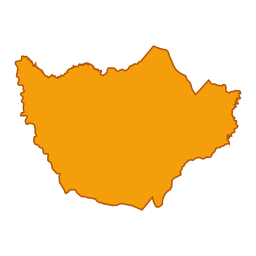 Tapurah, Mato Grosso, Brazil (orthographic projection)
{"feature_id": "56859067B52383005137557", "entity_name": "Tapurah", "entity_type": "district", "adm_level": 2, "iso_a3": "BRA", "parent_name": "Brazil", "parent_adm1": "Mato Grosso", "projection": "orthographic", "projection_center": [-56.556, -12.574], "detail": "fine", "context": "isolated", "style": "filled", "palette": "amber", "viewbox_px": 256, "rotation_deg": 0, "n_neighbors": 0, "source": "geoboundaries", "source_scale": "gbopen_adm2", "svg_char_len": 5645}
<svg xmlns="http://www.w3.org/2000/svg" viewBox="0 0 256 256"><path d="M153.5,46.1L140.7,61.5L139.2,61.9L138.4,62.4L137.9,63.4L137.3,64.1L134.9,63.9L133.6,64.4L131.3,65.9L130.4,65.9L129.5,66.5L128.6,68.5L126.2,70.4L125.5,70.7L124.5,70.6L122.5,69.4L121.6,69.5L119.9,70.2L119.2,70.7L117.9,71.3L116.9,70.9L115.0,68.8L113.7,68.2L112.0,67.9L111.0,68.1L108.7,68.0L107.9,68.6L107.5,69.5L107.1,70.6L107.2,71.8L106.8,72.7L105.9,73.3L105.3,74.3L104.4,74.5L103.2,75.4L102.3,75.5L101.6,74.8L100.4,74.2L100.2,73.4L101.4,71.8L101.4,70.8L100.6,70.4L99.7,70.8L98.1,70.6L98.1,69.4L97.3,69.3L96.4,69.6L95.7,68.9L94.6,69.2L93.8,68.6L93.9,67.1L91.6,64.8L88.3,63.4L88.1,64.7L87.4,64.2L87.1,63.4L86.5,62.9L85.0,63.6L84.8,64.6L84.0,64.8L83.8,63.9L82.2,65.2L81.4,64.4L80.8,65.2L80.2,64.8L79.7,64.1L79.0,64.5L78.9,65.7L77.3,66.5L76.6,66.2L74.4,67.2L74.0,66.1L73.3,65.7L73.1,66.4L73.3,67.2L72.8,67.8L72.1,68.3L71.5,67.9L70.9,68.4L69.1,69.1L68.4,69.6L67.7,70.4L67.3,71.1L67.6,72.1L66.7,72.0L66.2,73.0L64.7,73.7L64.2,74.6L63.4,75.3L62.4,75.8L61.0,75.2L60.6,76.3L59.6,76.5L58.9,76.8L58.8,77.8L58.0,77.8L57.6,77.1L57.0,77.9L56.1,77.8L55.6,77.1L55.2,76.1L53.1,76.0L52.3,74.7L51.4,75.4L50.8,76.1L49.8,76.5L48.5,77.6L47.1,76.1L45.9,76.3L45.0,75.1L44.2,74.5L43.2,73.1L43.3,72.2L42.3,72.1L41.6,71.2L41.9,70.2L39.0,69.0L38.5,68.1L37.5,68.0L36.9,67.0L35.9,66.2L35.6,63.4L33.9,66.3L33.0,65.8L32.9,63.8L32.2,63.0L32.1,61.9L31.7,61.1L31.0,61.9L30.0,60.4L29.5,59.0L28.3,59.3L27.9,58.6L27.9,57.8L26.6,56.4L24.8,56.8L22.7,56.1L21.9,56.3L21.6,57.3L21.8,58.3L20.9,60.4L19.8,60.9L16.9,61.3L16.0,61.6L15.5,62.1L15.4,63.5L15.8,64.6L17.4,66.7L17.7,68.5L17.6,70.6L16.5,75.5L16.7,76.5L17.3,77.1L18.3,77.7L18.9,78.4L19.1,79.4L18.9,80.6L18.1,82.9L17.9,83.8L18.3,84.5L19.0,85.0L19.9,85.2L21.5,85.1L22.6,85.5L23.2,86.2L23.4,87.3L23.0,89.3L24.1,90.6L24.3,91.7L23.2,92.3L22.1,92.6L21.4,93.0L20.8,93.6L20.6,94.5L21.4,95.6L22.3,96.3L23.0,97.1L22.9,98.1L22.4,99.0L21.7,100.7L21.6,101.6L22.1,102.2L23.6,103.1L23.8,104.3L23.3,106.1L23.3,107.6L23.6,110.2L23.9,111.5L23.7,112.6L21.8,112.8L20.5,115.0L21.0,115.7L21.8,115.8L23.2,115.8L25.6,115.6L26.4,115.7L27.1,116.6L27.0,117.6L25.5,120.0L25.3,120.7L25.7,122.7L26.1,123.7L27.0,124.3L29.6,123.3L30.6,123.3L32.8,123.8L33.8,124.4L34.4,125.3L34.7,126.1L34.9,128.0L35.5,129.7L35.0,132.5L35.2,133.2L36.2,135.0L36.3,135.9L35.9,136.6L35.1,136.7L34.3,137.0L34.0,137.7L34.0,139.4L33.8,140.5L33.9,141.6L34.2,142.4L35.0,144.0L35.7,144.4L37.4,144.7L38.4,145.6L39.6,147.2L40.4,147.7L41.9,148.1L42.5,148.5L43.0,150.0L43.2,152.3L43.8,153.5L45.7,154.1L46.8,153.8L47.8,153.8L48.2,154.7L47.9,157.9L47.9,160.4L48.7,161.2L50.5,162.5L51.1,163.3L51.8,165.3L52.0,167.0L52.2,168.1L52.8,169.3L54.4,170.7L55.6,172.4L56.9,173.4L57.9,173.8L59.6,173.7L59.9,174.9L59.1,176.7L59.6,180.6L59.4,181.4L59.6,182.3L59.9,183.0L61.3,184.9L64.4,190.3L65.1,192.5L65.6,193.4L66.6,193.1L68.5,191.8L69.6,190.2L70.3,189.8L72.7,189.7L74.9,189.9L75.8,190.5L76.2,191.1L76.4,192.0L76.9,192.8L79.9,195.4L81.4,196.3L82.2,196.7L84.2,196.6L85.3,196.7L87.9,197.8L89.6,198.0L91.1,197.8L91.7,198.0L92.8,198.7L94.9,198.9L95.9,199.7L96.6,200.7L98.3,202.0L99.1,202.4L101.2,202.7L102.9,203.5L104.9,204.1L106.1,204.1L108.9,204.8L112.6,205.5L116.8,205.2L118.5,204.6L119.6,203.9L122.1,203.7L123.2,203.8L132.0,205.6L142.1,209.9L152.3,197.3L154.1,203.1L156.1,206.6L157.4,207.1L159.2,206.8L161.5,205.1L162.0,204.6L162.4,203.3L162.4,201.6L162.8,199.0L164.5,195.0L166.0,192.9L167.7,191.2L169.2,190.3L170.2,189.5L171.3,187.5L171.8,186.3L171.9,182.1L172.3,180.2L173.1,179.0L174.1,178.4L175.6,177.2L176.4,177.2L177.6,176.4L178.4,176.2L179.4,175.2L180.5,175.1L181.0,174.5L180.6,172.6L180.0,171.8L180.8,171.0L181.4,169.7L182.0,169.0L182.1,167.7L182.6,166.7L183.6,166.4L184.1,165.7L184.5,164.5L185.4,163.4L186.4,162.6L188.4,160.7L189.4,160.1L190.9,159.9L192.8,160.2L193.7,159.9L195.5,158.2L198.2,157.5L200.5,157.8L201.4,158.3L201.9,158.8L203.1,158.8L204.7,158.4L207.2,156.8L208.1,157.4L209.2,157.4L210.2,157.2L210.9,156.7L211.5,155.9L212.1,153.7L212.7,153.2L213.6,152.8L214.7,151.4L215.5,149.9L215.9,148.8L216.9,147.9L217.9,147.9L218.7,147.5L220.2,147.5L220.9,146.7L221.9,146.1L223.1,146.0L224.8,145.0L225.5,144.2L226.3,144.3L227.2,143.6L228.3,143.6L229.2,144.2L229.3,142.8L228.8,141.6L227.8,139.7L227.1,139.2L227.3,138.3L229.0,138.3L229.4,137.2L228.6,136.5L227.8,136.8L227.2,136.1L227.6,134.9L229.1,135.9L230.4,136.2L231.6,136.1L231.2,134.8L231.1,133.7L233.6,132.5L234.7,132.2L234.7,131.0L234.1,129.4L234.8,128.7L236.9,127.8L237.8,126.3L237.5,125.6L236.8,125.0L236.1,123.9L236.3,122.6L236.7,121.3L236.1,120.7L235.2,120.7L234.3,120.2L233.7,119.5L234.1,118.6L234.8,118.1L234.5,117.4L233.3,117.0L232.7,116.2L232.5,115.2L231.9,114.6L231.9,113.8L232.3,112.9L232.1,110.4L232.5,109.4L233.6,109.0L234.3,108.1L234.7,107.2L235.4,107.1L236.1,106.8L235.9,106.1L234.2,105.1L234.7,104.4L235.6,104.0L237.6,104.0L238.2,103.4L237.7,102.9L236.8,102.7L235.9,102.6L235.5,101.6L236.6,100.8L237.7,100.8L237.5,99.7L236.5,98.9L237.2,98.1L238.7,98.4L239.6,98.9L240.4,98.0L240.0,97.2L239.3,96.8L239.2,95.9L238.7,94.4L238.9,93.3L239.8,93.2L240.6,93.4L240.3,92.5L240.2,91.5L239.4,90.9L238.6,90.8L236.8,90.9L235.4,90.5L233.2,91.5L232.1,91.7L231.1,91.6L230.4,92.0L229.3,93.1L225.8,91.1L226.0,87.5L225.9,86.8L225.3,85.1L223.8,84.6L222.9,84.6L222.3,85.7L221.4,86.2L219.5,85.3L218.1,85.5L217.1,85.3L216.0,84.5L215.1,84.1L213.0,84.1L211.7,83.8L210.3,82.6L209.4,80.8L208.7,80.1L199.4,90.5L195.4,94.6L192.2,89.5L190.4,83.4L189.4,82.0L187.3,80.0L186.7,78.6L186.0,76.6L185.0,75.5L181.1,73.8L178.9,72.2L176.5,70.2L174.9,68.1L173.3,65.2L171.8,61.2L169.4,56.2L168.8,53.7L167.9,51.5L166.3,50.0L159.9,48.6L153.5,46.1Z" fill="#f59e0b" stroke="#b45309" stroke-width="1.5"/></svg>